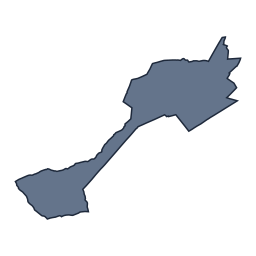 the district of Voitinel, Suceava, Romania
{"feature_id": "2599482B77271409041849", "entity_name": "Voitinel", "entity_type": "district", "adm_level": 2, "iso_a3": "ROU", "parent_name": "Romania", "parent_adm1": "Suceava", "projection": "natural_earth1", "projection_center": [25.73, 47.865], "detail": "fine", "context": "isolated", "style": "filled", "palette": "slate", "viewbox_px": 256, "rotation_deg": 0, "n_neighbors": 0, "source": "geoboundaries", "source_scale": "gbopen_adm2", "svg_char_len": 4757}
<svg xmlns="http://www.w3.org/2000/svg" viewBox="0 0 256 256"><path d="M88.4,211.7L88.0,209.7L87.6,208.3L87.3,207.4L87.2,206.5L87.4,204.1L87.4,203.0L87.1,202.4L86.7,201.6L86.0,201.0L85.3,200.3L85.1,199.9L85.1,199.3L85.4,198.8L85.4,198.5L85.3,197.8L85.1,196.3L84.9,195.8L84.7,195.2L84.3,194.6L83.8,191.7L82.8,189.3L86.3,185.6L92.0,179.2L95.8,174.6L100.0,169.8L100.7,169.0L102.4,167.3L104.8,164.7L109.9,158.8L116.1,151.7L120.2,146.9L126.1,140.1L129.4,136.5L132.7,132.7L136.0,128.8L136.7,128.4L137.5,127.5L138.0,126.7L142.6,124.7L146.3,123.0L150.0,121.4L154.6,119.4L158.5,117.6L164.6,114.8L165.9,115.8L166.7,116.6L168.3,116.1L168.6,116.6L172.2,115.7L175.8,114.7L180.4,120.5L182.7,123.4L185.1,126.4L188.8,131.2L189.3,130.9L191.7,129.5L194.4,127.7L197.1,126.0L201.0,123.8L207.0,119.6L208.6,118.7L209.4,118.1L210.3,117.5L213.3,115.7L214.3,115.1L229.9,105.4L237.3,100.8L236.7,100.6L234.1,99.9L230.9,99.0L230.3,98.9L229.7,98.7L226.7,97.7L229.2,95.3L230.3,94.2L234.8,89.6L236.6,87.7L236.3,87.2L234.6,84.3L233.9,83.1L230.5,80.8L227.2,78.5L227.2,78.2L229.2,75.1L229.8,73.6L229.5,73.4L229.1,73.0L232.9,69.5L236.0,66.6L236.9,66.2L238.9,62.7L240.1,59.9L240.6,58.2L236.2,58.5L230.4,58.9L228.0,59.0L227.6,59.1L227.8,56.9L228.2,53.0L228.3,51.3L228.3,50.6L228.1,50.1L226.9,48.6L226.5,47.8L226.5,47.4L226.8,46.7L227.3,46.0L227.2,45.9L223.4,44.5L223.8,43.7L223.8,42.8L224.0,40.8L224.4,40.0L224.9,38.8L225.1,38.3L225.3,37.8L225.4,37.0L222.2,37.5L221.5,38.6L220.1,41.0L219.1,42.6L216.1,47.8L212.0,55.0L209.5,59.5L208.5,61.3L208.3,61.2L207.0,60.9L206.7,60.8L205.7,60.6L205.0,60.5L204.7,60.5L203.8,60.5L203.1,60.5L202.4,60.6L202.0,60.7L201.9,60.8L201.0,60.9L199.8,61.2L198.9,61.3L198.4,61.2L197.2,60.9L196.5,60.8L195.7,60.8L195.2,60.8L194.7,60.8L194.1,60.9L193.7,60.8L193.2,60.9L192.8,61.2L192.3,61.4L191.9,61.5L189.6,61.9L189.3,62.0L188.9,62.0L188.8,61.9L188.5,61.6L188.2,61.1L187.9,60.7L187.7,60.3L187.4,60.1L187.2,60.1L186.9,60.1L186.1,60.2L185.8,60.2L185.6,60.1L185.0,59.8L184.8,59.5L184.1,58.8L183.7,58.6L183.3,58.6L182.7,58.8L181.6,59.5L180.5,60.4L177.9,60.0L176.5,60.1L175.8,60.0L175.1,60.0L173.2,60.0L172.8,60.0L170.9,60.1L166.0,60.3L164.5,60.4L164.1,60.4L159.7,61.6L157.8,62.2L157.7,62.2L157.1,62.4L155.8,62.7L155.4,62.8L153.9,63.2L152.5,63.6L151.6,65.4L149.9,69.1L148.3,71.8L146.9,74.3L141.8,76.7L137.8,78.4L134.7,79.1L134.3,79.1L132.7,79.5L131.6,80.0L130.5,83.3L129.4,86.4L127.2,91.4L127.0,92.0L127.2,92.8L126.9,93.2L126.7,93.3L126.5,93.5L126.0,94.6L125.1,96.8L123.2,101.7L125.7,103.4L131.9,107.8L131.3,114.3L130.8,118.9L128.0,121.5L125.0,124.0L125.1,125.8L124.7,126.0L124.3,126.4L124.1,126.6L123.7,127.9L123.2,128.5L122.4,129.5L121.3,130.3L118.4,131.6L116.3,132.5L115.8,132.8L115.0,133.8L114.3,134.4L113.8,134.7L113.6,135.6L113.1,136.2L110.9,138.3L109.3,139.7L108.8,140.1L107.8,141.3L106.6,143.0L106.2,143.4L105.1,144.3L104.6,144.8L103.9,146.1L102.9,147.8L102.3,149.0L102.0,149.5L101.9,150.1L101.7,151.8L100.9,152.3L99.8,152.7L98.9,153.1L98.5,153.3L98.0,153.9L97.3,154.7L96.7,155.3L96.5,155.8L96.1,156.9L95.4,157.6L95.0,158.1L94.7,158.6L93.5,159.1L92.7,159.0L92.0,159.1L91.3,159.2L90.7,159.6L89.6,160.3L88.4,161.3L87.6,161.6L86.5,161.4L85.9,161.4L85.3,161.3L84.8,161.4L84.3,161.5L81.9,162.1L80.6,162.4L79.6,162.7L78.1,163.1L76.8,163.3L75.9,163.4L75.7,163.5L75.4,163.6L75.1,164.0L74.7,164.6L74.4,165.0L74.2,165.2L73.6,165.5L73.0,165.9L72.1,166.2L70.7,166.8L70.1,167.1L69.4,167.6L68.6,168.3L67.6,168.9L66.4,168.6L66.0,168.5L65.8,168.6L65.5,168.6L65.2,168.8L64.4,169.2L63.7,169.7L63.1,169.9L62.1,170.3L60.5,170.6L59.1,170.9L56.9,171.4L55.6,171.0L54.9,170.9L54.1,171.0L53.9,170.8L53.5,170.7L52.8,170.5L51.4,170.2L51.2,170.1L49.1,169.1L48.6,169.0L47.8,168.8L47.6,168.8L47.3,169.0L46.8,169.3L46.4,169.5L46.1,169.5L45.8,169.5L45.5,169.5L45.0,169.7L44.4,169.9L43.6,170.1L42.9,170.4L41.2,171.0L39.9,171.7L38.8,172.5L36.7,173.4L36.2,173.7L34.4,174.2L32.5,175.1L32.1,175.2L31.9,175.2L31.5,175.2L30.9,175.1L29.9,175.1L29.1,175.2L28.3,175.4L27.0,175.9L18.9,179.4L17.7,180.1L16.6,180.8L15.4,181.5L16.0,182.7L16.2,183.0L16.5,183.4L16.5,183.6L16.7,184.6L16.7,185.0L16.8,185.4L16.9,185.6L17.2,185.9L17.7,186.4L18.1,187.0L18.5,187.6L18.5,187.8L18.5,188.5L19.5,189.6L19.8,189.9L20.7,190.6L22.7,192.0L23.9,193.4L24.0,193.5L24.9,194.5L26.5,196.3L26.8,197.1L27.5,198.8L27.7,199.8L27.9,201.3L28.1,201.9L28.5,202.5L28.8,202.8L29.9,203.9L30.9,204.7L31.8,205.3L32.8,206.4L33.9,208.0L34.5,209.7L34.9,210.2L36.3,211.2L38.5,213.0L41.7,215.6L42.5,215.9L43.6,216.0L45.1,216.6L45.4,217.0L46.6,218.1L47.3,219.0L49.0,218.5L50.0,218.1L50.5,218.0L52.4,217.6L55.5,217.1L59.1,215.8L59.6,215.7L60.9,216.1L61.4,216.7L63.8,215.6L66.0,215.1L68.9,214.9L71.0,215.2L71.8,215.3L72.9,215.3L73.4,215.1L78.7,213.0L79.7,212.2L81.0,211.9L85.0,211.5L88.4,211.7Z" fill="#64748b" stroke="#1e293b" stroke-width="1.5"/></svg>